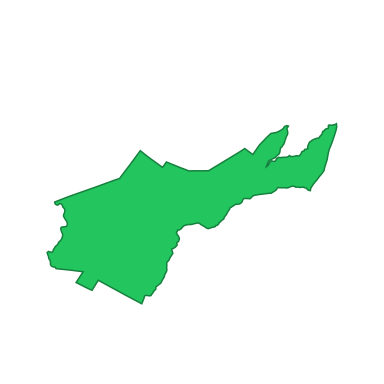 Kasarani, Nairobi, Kenya, rotated 147°
{"feature_id": "3690345B25272410242240", "entity_name": "Kasarani", "entity_type": "district", "adm_level": 2, "iso_a3": "KEN", "parent_name": "Kenya", "parent_adm1": "Nairobi", "projection": "orthographic", "projection_center": [36.978, -1.252], "detail": "fine", "context": "isolated", "style": "filled", "palette": "green", "viewbox_px": 384, "rotation_deg": 147, "n_neighbors": 0, "source": "geoboundaries", "source_scale": "gbopen_adm2", "svg_char_len": 4485}
<svg xmlns="http://www.w3.org/2000/svg" viewBox="0 0 384 384"><g transform="rotate(147 192 192)"><path d="M124.1,199.7L131.3,199.7L150.2,200.3L166.4,200.8L170.4,203.2L183.2,211.5L185.7,215.0L188.6,218.9L197.1,231.1L203.3,228.7L209.7,245.3L210.6,248.1L212.9,254.8L217.9,252.9L222.9,251.0L231.0,248.0L236.9,245.9L241.3,244.3L245.4,242.8L248.6,243.6L250.8,244.2L269.1,248.4L283.3,251.8L290.6,253.6L298.7,255.5L312.6,258.4L313.2,256.9L313.0,255.7L312.3,254.5L310.9,254.0L309.5,254.5L308.1,253.3L308.0,251.4L308.5,249.9L308.3,248.4L308.1,247.2L308.4,246.1L309.3,244.9L310.6,243.8L311.8,243.1L312.9,241.8L313.1,240.1L313.2,238.4L313.1,236.3L313.2,234.9L313.6,233.8L314.5,232.3L315.7,231.7L317.0,231.8L318.9,232.8L320.3,233.6L321.8,233.2L322.6,231.3L323.1,229.7L323.2,228.4L323.6,226.9L324.6,225.5L326.0,224.3L327.1,223.5L328.3,223.0L329.6,222.8L330.7,222.6L332.0,222.0L333.3,221.2L334.5,220.9L336.1,220.8L337.3,220.2L338.9,219.5L339.9,219.0L341.0,217.9L342.5,217.7L343.6,219.0L344.7,220.3L346.5,220.1L347.1,218.0L347.4,216.3L348.2,214.6L348.4,213.4L348.3,212.2L348.8,210.5L350.2,208.3L350.3,207.1L350.0,205.9L349.0,204.5L347.7,203.4L347.7,201.7L336.9,193.0L328.4,185.8L326.8,184.4L338.5,179.2L333.4,170.4L332.7,169.2L329.4,164.0L326.2,165.5L318.7,169.0L314.7,161.6L311.8,156.2L308.8,150.7L304.4,142.5L295.0,125.6L293.3,126.8L291.9,127.8L290.7,128.6L289.8,129.3L289.0,130.2L287.7,130.7L286.2,129.9L284.2,128.0L282.8,127.5L277.2,129.9L275.7,129.9L274.9,130.8L274.0,132.1L272.5,132.2L270.7,132.3L269.2,132.5L268.2,132.4L262.5,135.5L261.3,135.9L260.3,137.3L258.7,138.1L256.6,139.3L255.4,140.4L254.7,142.0L253.9,143.1L252.7,144.7L252.0,146.1L251.0,146.8L249.8,147.0L248.6,147.3L246.1,148.9L242.4,150.5L241.4,151.1L240.6,153.9L240.0,155.2L238.5,154.8L237.3,154.8L235.6,154.9L233.3,155.6L232.7,157.5L231.7,157.9L230.3,157.8L228.5,159.2L227.7,160.3L227.4,162.8L227.5,164.6L227.5,165.9L226.8,166.6L225.8,166.9L224.9,167.9L223.4,167.1L222.0,167.0L220.5,167.2L218.5,167.9L216.9,168.0L215.4,167.7L213.7,167.0L212.0,166.3L210.9,165.4L209.3,164.8L206.4,163.8L203.5,162.6L202.8,161.4L202.3,159.9L201.3,158.0L200.2,155.6L199.3,153.6L198.5,152.5L197.4,152.1L195.6,151.7L193.8,151.2L192.4,150.5L191.1,150.4L190.2,151.0L189.1,150.3L187.9,150.6L186.8,150.7L186.0,151.5L184.7,151.5L183.2,151.8L181.7,152.1L180.2,152.0L178.4,153.4L176.4,154.0L174.9,154.6L173.5,155.5L172.5,156.0L171.4,156.4L169.8,157.1L169.1,157.9L162.2,157.9L160.5,157.0L158.9,156.2L157.9,156.0L156.6,156.1L155.3,156.5L153.8,157.6L152.3,158.4L149.4,156.6L147.0,154.7L145.5,155.0L144.3,155.3L142.9,155.5L141.4,155.2L139.4,154.3L137.5,153.5L128.6,149.2L126.1,147.8L124.9,147.8L121.6,147.8L119.9,147.9L118.6,148.8L117.4,148.9L116.3,147.9L113.8,146.2L112.1,145.3L111.1,144.2L109.5,143.4L108.3,143.0L107.1,142.9L105.3,142.5L104.1,141.9L103.2,141.2L102.3,139.4L100.9,138.8L100.1,138.0L99.4,137.3L98.0,136.5L96.2,135.6L95.3,134.3L94.4,133.5L93.9,131.8L93.7,130.7L92.9,129.5L92.0,128.7L91.1,129.7L90.2,130.6L89.1,131.1L85.6,132.6L80.1,134.3L77.2,135.4L74.7,136.2L72.1,137.0L69.7,138.0L67.5,140.2L61.3,145.3L56.1,150.8L53.6,153.1L50.6,155.1L47.8,157.1L42.2,161.5L38.4,164.6L37.4,165.5L35.0,168.0L33.7,170.6L35.1,170.7L36.1,171.0L37.5,171.5L39.0,172.1L39.8,173.1L40.8,173.6L41.8,173.2L42.2,172.0L43.1,171.2L44.9,171.9L46.8,171.9L47.9,171.3L49.3,171.6L50.2,170.9L51.6,169.6L53.1,169.3L54.4,169.0L56.0,168.2L57.7,168.9L59.2,169.4L60.7,169.7L62.6,169.9L63.7,170.0L66.7,169.7L67.5,169.0L68.7,168.3L70.0,167.3L70.8,166.3L71.3,165.2L72.5,165.6L74.4,166.3L75.6,165.5L77.0,165.8L78.1,165.9L79.5,164.8L80.8,164.4L81.8,164.0L83.0,164.1L83.8,165.0L85.0,165.7L86.5,166.2L87.5,166.6L88.6,167.0L90.0,168.4L90.5,169.6L91.9,169.2L93.0,169.5L94.5,170.1L97.2,171.8L98.7,172.4L99.6,173.2L100.5,173.9L101.6,174.0L102.9,173.8L104.0,173.2L104.9,172.7L106.0,172.6L107.0,173.4L108.3,174.7L109.9,174.8L110.8,174.3L112.0,174.0L112.7,173.2L114.4,172.7L116.0,172.7L111.4,176.0L109.8,176.4L107.7,176.1L104.9,175.7L103.5,175.5L102.0,175.9L100.5,176.3L99.2,176.3L98.0,176.6L96.4,177.8L95.7,178.7L94.7,179.8L93.4,180.8L91.8,180.9L90.7,181.6L89.1,182.0L88.0,182.8L87.0,183.6L85.9,184.6L84.8,185.3L84.0,186.1L82.1,187.4L80.7,188.1L79.5,189.4L78.7,191.0L78.3,192.4L77.9,193.5L76.6,194.1L75.2,194.8L76.3,196.0L78.0,196.5L79.4,196.3L80.8,195.6L82.2,195.4L83.8,195.4L85.3,195.5L87.5,195.7L89.4,196.2L92.2,197.4L93.7,198.1L97.6,197.5L102.6,196.4L107.8,195.2L110.3,194.5L111.3,194.1L116.5,192.0L118.8,191.0L120.6,190.3L124.1,199.7Z" fill="#22c55e" stroke="#15803d" stroke-width="1.5"/></g></svg>